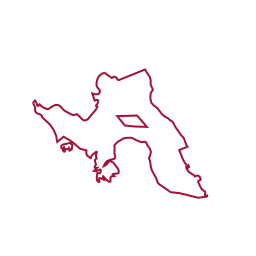 the Province of Camarines Sur, rotated 200°
{"feature_id": "PHL-2538", "entity_name": "Camarines Sur", "entity_type": "Province", "adm_level": 1, "iso_a3": "PHL", "parent_name": "Philippines", "parent_adm1": "", "projection": "mercator", "projection_center": [123.353, 13.672], "detail": "fine", "context": "isolated", "style": "outline", "palette": "rose", "viewbox_px": 256, "rotation_deg": 200, "n_neighbors": 0, "source": "natural_earth", "source_scale": "10m", "svg_char_len": 3361}
<svg xmlns="http://www.w3.org/2000/svg" viewBox="0 0 256 256"><g transform="rotate(200 128 128)"><path d="M98.1,106.7L97.8,108.3L98.2,113.3L100.5,116.1L103.6,118.2L106.3,120.9L107.3,120.9L110.2,119.4L113.6,119.2L121.0,120.0L122.4,119.7L126.7,117.9L128.2,117.1L133.0,111.4L133.8,109.7L134.1,108.7L134.6,107.9L134.9,106.9L133.9,105.1L132.3,99.9L130.2,96.8L130.1,94.7L134.7,91.3L135.2,90.7L136.3,89.9L137.1,88.0L137.6,85.8L137.7,83.9L136.2,85.4L134.5,89.8L133.3,90.7L131.4,90.7L130.1,90.5L123.8,86.5L122.1,84.8L121.5,82.4L122.8,81.3L125.2,80.4L126.5,79.4L124.3,78.1L127.1,76.9L127.5,75.4L126.2,71.7L127.5,71.0L130.3,71.9L134.8,74.1L134.8,73.2L134.2,72.8L132.9,71.2L136.9,71.4L137.7,71.2L137.7,70.2L136.5,67.7L137.2,67.2L139.0,68.0L140.2,70.1L141.4,75.2L139.1,75.8L138.6,77.4L139.2,79.1L140.0,79.5L142.5,77.1L143.7,76.4L145.2,76.1L144.6,77.0L143.3,80.0L144.7,79.4L145.2,79.1L146.1,80.0L145.6,82.6L148.2,86.5L147.1,88.7L148.1,90.0L148.7,91.4L149.0,93.0L149.0,94.7L149.9,94.7L150.7,92.9L151.8,91.5L152.6,89.7L152.8,86.9L155.5,87.6L157.4,88.4L158.5,89.9L159.4,92.7L165.8,92.1L176.0,96.0L185.5,97.8L189.7,90.7L192.8,96.0L197.1,100.7L202.4,104.5L212.4,108.8L212.8,109.3L212.9,109.8L213.4,110.2L215.1,110.7L218.4,110.7L220.0,111.2L220.9,112.1L222.9,116.2L225.2,118.4L225.7,119.9L224.8,122.0L222.4,120.1L221.6,119.2L220.9,118.0L220.0,118.0L219.8,118.6L219.1,120.0L217.1,119.0L214.7,118.4L210.1,118.0L208.8,119.2L206.9,121.9L204.4,124.6L201.5,125.8L199.0,125.2L194.0,122.6L186.4,121.4L183.5,121.5L182.1,122.4L180.9,123.6L178.0,122.5L174.8,120.8L172.6,120.0L170.2,120.8L168.7,122.7L164.4,134.5L164.1,137.5L165.3,137.7L165.8,138.2L165.5,139.0L165.1,139.6L165.0,140.4L165.1,141.9L165.4,143.5L166.4,144.0L167.6,143.5L168.8,142.4L173.4,148.3L172.1,148.3L169.6,148.6L167.5,149.7L166.7,151.8L167.3,153.6L168.9,154.7L170.7,155.7L172.1,157.1L173.2,160.3L173.5,163.7L172.9,167.0L171.3,169.9L169.4,171.5L167.7,171.6L166.1,171.0L160.3,169.5L159.8,169.8L159.4,170.6L158.9,171.4L158.0,171.7L155.5,171.0L154.3,169.9L153.1,169.8L132.8,188.1L131.7,188.8L130.6,187.5L125.5,183.9L123.4,181.3L122.8,180.0L122.1,177.8L121.5,176.5L117.7,172.6L118.6,168.6L117.3,163.8L114.7,159.7L111.5,158.0L107.6,156.9L100.3,152.3L96.4,151.2L94.1,150.9L90.9,149.6L88.8,149.3L87.5,148.6L84.1,145.4L75.5,139.3L73.8,138.5L71.9,137.4L67.7,132.4L65.7,130.7L72.3,124.8L65.6,117.2L62.2,114.3L58.0,112.2L58.0,113.1L57.2,112.2L58.0,111.2L59.8,111.1L59.1,109.9L57.2,108.4L55.3,107.3L49.9,106.2L48.6,105.3L46.9,106.9L45.1,107.1L43.4,106.2L42.0,104.3L42.3,103.7L43.2,103.0L43.9,102.1L43.4,101.0L39.2,96.8L37.5,95.7L35.6,95.0L33.9,94.7L33.3,93.7L33.0,91.9L32.2,90.6L30.6,91.6L30.3,90.9L30.7,90.4L38.1,86.5L57.4,84.4L65.9,82.3L78.7,85.6L80.8,86.4L81.9,87.3L82.7,88.5L84.0,90.1L91.0,96.3L93.0,98.9L95.6,103.7L97.1,105.9L98.1,106.7ZM123.7,142.8L142.2,135.5L131.9,129.3L122.6,131.6L110.6,135.5L123.7,142.8ZM183.1,86.4L183.8,86.5L184.6,88.2L183.7,90.0L177.0,94.4L176.4,93.9L176.1,93.5L175.6,93.3L175.3,93.4L174.7,93.3L174.3,92.2L174.2,90.8L173.7,89.7L173.6,88.9L174.6,87.1L175.0,86.9L175.1,87.8L175.4,88.2L176.0,88.1L176.5,88.4L176.9,89.0L177.0,88.7L177.1,87.6L177.7,87.1L178.5,87.2L179.2,86.7L179.9,86.7L180.5,87.1L180.9,87.5L181.2,88.1L181.5,88.1L181.5,87.2L181.3,86.7L180.4,85.4L180.2,85.5L179.7,85.6L179.4,84.9L179.5,84.1L180.1,83.9L181.5,84.8L182.4,86.0L183.1,86.4Z" fill="none" stroke="#9f1239" stroke-width="2"/></g></svg>